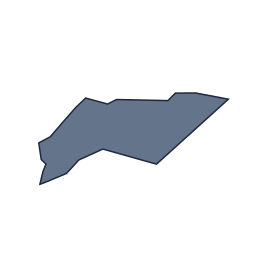 the district of Nea Dimmata, Paphos, Cyprus, rotated 336°
{"feature_id": "46923920B46387539278372", "entity_name": "Nea Dimmata", "entity_type": "district", "adm_level": 2, "iso_a3": "CYP", "parent_name": "Cyprus", "parent_adm1": "Paphos", "projection": "robinson", "projection_center": [32.536, 35.136], "detail": "fine", "context": "isolated", "style": "filled", "palette": "slate", "viewbox_px": 256, "rotation_deg": 336, "n_neighbors": 0, "source": "geoboundaries", "source_scale": "gbopen_adm2", "svg_char_len": 406}
<svg xmlns="http://www.w3.org/2000/svg" viewBox="0 0 256 256"><g transform="rotate(336 128 128)"><path d="M139.3,172.6L231.4,142.5L204.0,123.5L185.5,115.4L175.6,119.2L129.1,97.3L119.1,97.8L101.5,83.4L88.4,88.1L75.3,94.1L53.4,104.4L40.4,105.3L35.9,121.5L38.4,127.6L32.7,133.1L24.6,143.6L28.6,143.9L53.3,144.5L70.1,137.2L96.4,137.0L139.3,172.6Z" fill="#64748b" stroke="#1e293b" stroke-width="1.5"/></g></svg>